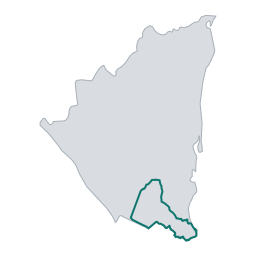 Rio San Juan on a map of Nicaragua (Equal Earth projection)
{"feature_id": "NIC-4800", "entity_name": "Rio San Juan", "entity_type": "Department", "adm_level": 1, "iso_a3": "NIC", "parent_name": "Nicaragua", "parent_adm1": "", "projection": "equal_earth", "projection_center": [-84.287, 11.292], "detail": "fine", "context": "in_parent", "style": "outline", "palette": "teal", "viewbox_px": 256, "rotation_deg": 0, "n_neighbors": 0, "source": "natural_earth", "source_scale": "10m", "svg_char_len": 4814}
<svg xmlns="http://www.w3.org/2000/svg" viewBox="0 0 256 256"><path d="M215.9,16.1L214.8,18.1L213.6,19.3L211.1,25.6L210.3,26.1L210.1,21.5L208.6,20.9L206.9,22.5L205.9,24.9L207.4,28.0L208.8,28.0L210.4,28.9L214.8,50.3L213.8,54.1L211.2,60.0L208.6,65.1L206.0,68.2L202.9,81.7L200.1,103.6L202.1,123.4L201.1,141.6L202.0,145.9L202.3,151.3L200.2,152.3L199.0,152.1L197.8,148.8L197.9,145.9L199.2,142.5L199.7,137.9L199.1,135.5L197.8,140.8L195.6,143.1L194.2,143.9L192.8,146.6L194.3,151.6L196.2,155.2L196.8,157.9L196.1,161.0L195.7,171.7L195.0,171.4L194.3,169.9L192.3,169.8L192.1,174.1L192.2,176.5L190.5,178.4L189.9,180.2L191.3,181.6L192.9,182.3L194.8,182.2L196.3,187.5L196.8,191.8L193.2,195.7L192.0,199.0L189.9,203.0L188.7,206.9L188.4,209.8L189.8,218.7L192.3,225.0L194.4,229.0L197.3,229.9L196.6,234.1L194.5,236.8L190.6,239.1L186.4,239.5L179.5,237.4L176.7,237.1L175.6,236.0L175.2,233.9L173.2,230.8L169.6,226.6L167.5,226.9L164.1,226.0L158.4,223.1L155.8,222.8L152.1,225.2L147.7,228.4L137.1,223.4L129.7,219.9L123.1,216.8L121.3,215.6L119.8,215.8L118.6,217.5L117.1,220.4L116.6,221.3L115.9,222.1L115.0,222.3L115.0,220.9L111.7,215.1L106.6,208.1L86.8,186.7L79.5,173.9L75.6,164.7L71.9,159.9L61.3,150.1L58.8,146.2L48.3,133.2L40.2,125.5L40.1,122.2L43.5,118.2L45.1,118.4L46.9,121.3L49.7,124.6L51.1,124.6L53.1,123.1L53.1,121.5L64.0,120.9L65.9,120.0L67.9,117.6L68.9,114.3L69.1,111.0L69.5,108.7L71.2,106.5L74.4,105.8L76.9,105.5L77.6,104.0L76.9,99.1L75.6,87.1L75.3,83.8L75.8,81.3L76.8,80.4L81.6,79.8L90.7,80.8L92.4,80.1L96.1,73.3L99.5,68.3L101.9,66.1L103.8,65.4L106.0,69.8L113.7,76.2L115.0,75.8L115.7,75.4L116.0,74.5L115.8,71.6L117.7,69.0L121.7,66.6L125.7,62.4L129.8,56.3L133.2,52.8L136.2,51.7L137.3,50.1L136.6,47.9L136.9,44.7L138.0,40.6L139.8,38.2L142.0,37.6L142.9,36.3L142.4,34.3L142.9,32.2L144.9,28.7L149.7,25.7L152.5,26.7L154.8,30.7L158.1,33.5L162.3,34.9L165.5,34.4L167.9,31.9L170.0,31.1L171.8,32.1L172.8,31.5L172.9,29.4L173.9,28.9L175.7,30.1L177.3,30.4L178.7,29.8L179.3,28.8L179.6,27.7L180.6,27.0L184.2,27.7L188.3,26.5L192.8,23.3L195.8,21.9L197.3,22.2L199.1,20.6L201.2,17.0L205.9,15.4L215.9,16.1Z" fill="#d9dde1" stroke="#a8b0b8" stroke-width="1"/><path d="M175.8,237.0L175.5,236.7L174.7,235.8L174.6,235.6L174.4,235.4L174.4,235.1L174.5,234.7L175.2,234.1L175.1,232.9L174.4,232.1L173.7,231.6L173.3,231.1L172.9,230.7L171.1,229.8L170.7,229.3L170.6,228.9L170.0,228.0L169.9,227.7L169.8,227.0L169.8,226.5L169.7,226.1L169.3,225.8L169.0,226.1L166.9,227.9L166.5,228.1L166.1,228.1L165.7,227.8L165.3,227.6L165.0,227.2L164.1,225.7L163.9,225.6L163.8,225.4L163.6,225.3L163.3,225.3L161.4,224.1L160.5,223.7L159.6,223.8L159.0,223.7L157.5,222.2L156.8,221.8L155.6,222.2L152.7,224.8L148.6,228.3L146.4,226.6L143.1,225.1L137.8,222.5L135.9,221.5L132.4,219.7L130.8,217.8L140.2,192.3L140.9,190.7L141.0,190.5L141.2,190.4L141.8,190.0L142.6,189.2L142.9,189.0L143.2,188.8L143.3,188.9L143.4,189.0L143.6,188.9L144.4,188.6L144.6,188.4L144.8,188.0L145.0,187.7L145.3,187.3L145.4,187.2L145.5,186.9L145.6,186.7L145.7,186.3L145.8,185.9L146.4,184.7L148.1,184.3L149.1,183.4L151.7,180.3L151.8,180.0L152.0,179.9L155.1,179.9L155.9,179.8L156.0,179.7L156.4,179.9L156.5,179.9L157.1,179.8L157.4,179.9L157.6,180.0L158.0,180.1L159.5,180.2L160.3,183.8L160.9,185.2L161.2,185.6L161.4,185.9L161.5,186.2L161.5,186.9L161.5,188.3L162.0,189.6L162.4,191.2L162.3,191.7L162.3,192.2L161.9,193.4L161.3,196.0L161.2,197.0L161.2,197.7L161.5,199.7L161.6,201.7L164.2,203.0L165.4,203.9L168.5,206.5L169.1,207.3L169.3,208.0L169.3,208.7L169.4,209.3L169.7,210.1L170.1,210.6L170.4,211.0L172.3,212.2L173.8,213.7L174.9,215.2L175.3,215.8L176.1,217.5L176.3,217.8L176.4,218.0L176.5,217.9L176.7,218.0L176.8,218.1L177.1,218.3L177.4,218.4L177.7,218.5L177.8,218.6L178.3,218.5L178.6,218.5L178.9,218.6L179.5,218.9L180.0,219.2L181.3,218.9L181.5,219.0L181.6,219.4L181.6,219.5L181.7,219.8L182.1,220.4L182.5,220.8L182.9,220.9L183.2,220.7L183.5,220.6L183.8,220.4L184.0,220.2L184.4,220.1L184.7,220.2L185.0,220.3L185.4,220.4L185.5,220.3L185.6,220.2L186.0,220.0L186.4,219.9L186.6,219.8L187.1,219.5L187.3,219.5L187.3,219.8L187.3,220.8L187.3,221.2L187.4,221.3L187.5,221.5L187.7,221.8L187.7,222.0L187.7,222.5L187.8,222.7L187.8,222.9L188.0,223.1L188.3,223.3L188.3,223.2L188.5,223.1L188.8,223.1L189.2,223.1L190.8,223.5L191.1,223.6L191.3,223.9L192.0,225.1L192.6,226.4L193.6,227.8L194.3,228.5L194.6,229.6L195.3,229.5L195.1,228.9L195.4,229.0L195.7,229.9L195.8,230.0L195.9,230.3L195.8,231.0L196.2,231.3L196.2,232.4L196.5,234.3L196.4,235.7L195.1,236.7L192.5,237.5L192.3,237.5L189.7,238.8L188.9,240.1L188.7,240.2L187.7,239.9L187.4,240.0L186.9,240.5L186.5,240.6L186.1,240.6L185.9,240.4L183.5,237.9L183.3,237.0L182.9,236.6L182.4,236.8L181.9,237.4L181.2,237.2L180.3,238.0L179.8,237.4L179.5,237.4L179.1,237.8L178.6,237.6L177.9,236.7L177.4,236.8L177.1,236.7L176.8,236.6L176.2,236.6L175.8,237.0Z" fill="none" stroke="#0f766e" stroke-width="2"/></svg>